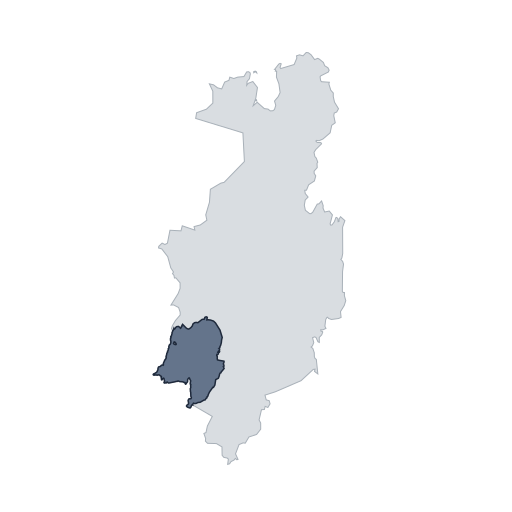 location of Almaty within Kazakhstan, rotated 102°
{"feature_id": "KAZ-3207", "entity_name": "Almaty", "entity_type": "Region", "adm_level": 1, "iso_a3": "KAZ", "parent_name": "Kazakhstan", "parent_adm1": "", "projection": "natural_earth1", "projection_center": [78.658, 44.747], "detail": "fine", "context": "in_parent", "style": "filled", "palette": "slate", "viewbox_px": 512, "rotation_deg": 102, "n_neighbors": 0, "source": "natural_earth", "source_scale": "10m", "svg_char_len": 8710}
<svg xmlns="http://www.w3.org/2000/svg" viewBox="0 0 512 512"><g transform="rotate(102 256 256)"><path d="M294.5,331.2L292.0,332.2L290.6,334.0L288.8,333.4L285.3,336.9L275.0,342.2L268.7,349.6L268.4,353.0L266.7,353.1L262.9,350.5L263.7,347.5L261.9,345.3L248.7,345.5L247.0,334.6L241.8,334.4L243.4,321.2L240.1,322.7L237.2,316.9L231.2,311.5L226.2,313.7L213.1,312.7L200.2,314.5L192.0,305.5L190.6,302.5L166.0,287.0L138.3,294.4L134.0,343.6L128.2,343.9L122.7,335.0L115.4,330.0L103.8,332.5L97.3,337.4L97.4,333.1L99.5,328.7L99.7,324.3L92.4,322.8L89.8,319.0L86.5,318.8L87.0,314.6L84.8,311.0L83.0,305.1L77.9,303.4L77.3,301.5L78.0,299.9L79.2,299.4L84.0,299.3L87.1,301.0L91.0,300.6L88.7,299.5L86.0,295.4L90.9,289.6L101.6,289.0L109.6,290.0L105.4,286.8L110.1,278.5L109.8,274.8L111.1,272.2L110.4,269.7L108.9,268.4L104.5,268.0L100.6,270.1L95.5,267.4L91.1,266.4L82.8,269.4L76.8,273.2L71.1,274.2L71.1,275.6L70.3,275.3L69.4,276.0L69.6,276.6L63.5,273.6L62.6,272.5L62.8,271.3L66.6,271.7L67.5,270.8L60.8,258.5L53.9,257.2L51.8,258.0L50.2,255.3L50.4,251.6L46.5,249.2L46.3,247.1L47.7,244.0L51.7,239.5L49.8,236.7L50.3,234.9L52.7,230.3L55.6,228.4L56.9,224.8L59.0,223.1L61.0,223.5L66.4,230.2L67.4,230.6L70.9,229.3L71.9,228.2L70.8,220.4L72.6,220.5L78.3,217.3L80.5,214.3L83.9,213.6L89.2,211.2L94.8,205.9L98.4,207.0L99.9,209.2L102.6,209.1L109.2,206.2L112.4,209.1L120.1,209.1L127.6,214.8L130.1,218.2L130.3,220.8L131.1,221.4L132.2,219.8L131.6,216.1L132.6,215.2L139.5,219.7L142.6,220.8L146.5,219.1L147.7,217.4L151.4,215.1L152.7,215.6L156.8,214.5L160.9,216.8L163.1,216.3L165.2,214.2L170.5,214.5L175.4,219.3L181.1,220.3L181.6,222.0L184.7,220.8L187.5,217.3L191.0,219.5L196.3,219.3L201.0,217.2L203.4,212.4L203.2,211.1L201.4,209.6L192.5,206.9L191.9,205.3L188.5,203.3L192.7,200.8L195.2,200.4L198.7,198.0L196.8,193.7L199.9,189.8L209.2,190.2L210.3,189.4L209.8,188.1L206.3,186.5L201.8,185.8L201.5,185.2L202.3,183.8L205.4,182.8L204.9,182.0L202.6,182.4L200.0,181.5L202.9,176.4L209.8,177.3L235.5,171.7L240.1,171.6L241.7,172.3L243.3,170.1L245.8,168.7L253.2,168.1L272.6,164.2L273.6,163.2L273.3,161.9L276.4,161.3L281.0,158.9L286.1,159.4L292.8,161.8L298.4,160.0L300.0,162.3L302.4,169.0L302.0,172.0L301.0,173.3L301.3,173.9L303.7,174.6L310.4,174.0L312.3,172.5L314.2,175.1L314.7,177.4L316.1,176.7L315.9,175.5L316.5,174.9L319.4,175.3L322.5,177.2L327.4,176.1L327.0,177.6L323.2,180.4L322.9,181.8L324.1,183.7L328.7,181.5L332.2,182.1L333.6,183.2L334.6,181.2L338.5,178.9L342.3,178.0L343.9,177.0L344.6,175.5L358.5,171.0L356.7,174.8L354.4,174.7L355.0,176.4L368.6,186.0L384.9,209.0L390.2,218.3L394.6,216.1L394.8,213.0L397.7,211.5L401.7,212.9L401.2,215.8L404.4,215.9L405.2,218.7L415.7,218.9L418.4,216.7L424.4,215.4L430.4,218.3L434.5,225.3L441.3,227.6L441.5,229.8L444.0,233.4L453.8,234.9L458.7,231.3L459.3,232.4L458.3,234.1L460.2,235.1L462.3,237.7L464.7,238.6L465.7,240.4L460.4,240.8L459.6,242.3L459.7,245.5L458.0,247.7L449.8,249.6L447.7,255.7L449.3,264.5L447.6,267.0L445.0,267.3L440.4,270.1L439.1,268.2L432.4,268.2L422.0,265.4L415.0,286.5L415.1,287.5L418.1,288.7L418.2,290.5L417.2,292.7L414.5,291.5L411.1,292.2L408.5,289.7L391.4,294.3L389.4,295.9L390.7,297.1L393.4,296.9L395.8,298.2L394.5,300.3L394.6,306.4L397.7,313.5L397.9,316.9L399.2,318.9L398.8,319.7L397.4,319.4L395.0,320.5L395.0,321.4L396.6,322.8L393.0,324.6L392.6,326.1L393.7,331.3L393.2,331.9L390.1,328.9L384.8,328.0L381.6,324.1L358.9,321.4L346.7,321.9L344.5,323.6L341.7,323.3L335.9,321.4L329.5,317.9L326.7,318.5L322.5,321.0L321.0,326.5L321.7,329.0L308.8,324.3L303.4,323.5L298.0,324.7L294.0,329.9L294.5,331.2ZM77.2,296.3L76.2,296.6L75.3,295.2L75.8,293.8L76.8,293.3L75.8,295.1L77.2,296.3ZM104.3,288.9L103.4,288.7L103.0,288.1L104.2,287.5L104.3,288.9Z" fill="#d9dde1" stroke="#a8b0b8" stroke-width="1"/><path d="M414.8,287.0L414.7,287.3L415.1,287.8L415.5,288.0L417.1,288.2L418.1,288.6L418.3,288.8L418.4,289.3L418.3,289.9L418.2,291.1L417.9,292.0L417.4,292.7L416.7,292.8L416.2,292.5L415.3,291.6L414.8,291.3L414.3,291.3L413.7,291.4L411.7,292.3L411.2,292.4L410.8,292.3L410.6,292.1L410.4,292.0L409.7,291.9L409.5,291.6L409.5,291.3L409.4,290.8L409.2,290.3L409.0,289.9L408.6,289.8L408.2,289.7L407.7,289.9L406.9,290.5L402.7,291.6L401.9,292.1L401.5,292.2L401.0,292.2L399.7,292.7L399.4,292.7L398.6,292.5L398.1,292.5L396.4,293.0L395.6,293.0L395.4,293.0L395.2,293.1L395.0,293.6L394.8,293.8L394.6,293.8L393.8,293.8L393.0,294.0L392.3,293.9L391.8,293.9L391.4,294.1L391.0,294.5L390.0,295.3L389.5,295.5L389.3,295.7L389.1,296.1L389.4,296.4L390.7,297.1L391.2,297.2L393.0,296.8L393.3,296.8L393.5,296.9L394.1,297.3L395.8,297.9L395.9,298.0L396.0,298.2L395.9,298.3L395.8,298.5L395.1,298.6L394.7,298.8L394.5,299.0L394.5,299.3L394.7,299.5L394.8,299.7L394.8,299.8L394.6,300.1L394.3,301.1L394.3,301.7L394.3,302.1L394.7,304.1L394.7,304.6L394.5,305.6L394.4,306.1L394.4,306.3L394.6,306.5L394.9,306.8L395.1,307.1L395.1,307.3L395.2,307.5L395.2,307.8L395.3,308.1L395.5,308.4L395.8,308.9L397.1,311.9L398.4,314.9L398.4,315.4L398.2,315.8L397.7,316.7L397.8,316.9L398.2,317.0L398.7,317.2L398.8,317.4L398.9,317.6L398.9,317.9L398.9,318.2L399.0,318.4L399.2,318.8L399.3,319.1L399.2,319.4L399.1,319.6L398.9,319.7L398.6,319.7L398.4,319.7L397.9,319.3L397.4,319.3L397.0,319.5L396.2,320.1L395.2,320.4L394.8,320.7L394.7,321.1L394.9,321.4L395.2,321.7L395.9,322.0L396.4,322.1L396.7,322.2L396.8,322.4L396.7,322.7L396.5,322.8L395.9,322.9L395.1,323.2L394.9,323.3L394.4,323.5L393.9,323.5L393.7,323.4L393.5,323.5L393.3,323.9L393.1,324.7L392.9,325.1L392.5,325.6L392.4,325.8L392.4,326.1L392.5,326.3L392.5,326.6L392.6,327.1L392.8,327.3L393.0,327.7L393.2,327.9L393.2,328.1L393.0,328.5L393.3,329.7L393.3,329.9L393.4,330.1L393.6,330.3L393.8,331.3L393.7,331.6L393.2,331.9L392.7,331.7L392.4,331.3L392.1,330.8L391.7,330.4L391.1,329.8L390.6,329.2L390.0,328.8L387.7,328.3L387.2,328.3L386.4,328.5L385.3,328.4L384.8,328.2L384.5,327.8L384.0,326.7L383.7,326.4L382.8,326.0L382.5,325.7L382.3,325.4L382.2,325.2L382.1,324.9L382.1,324.6L382.2,324.1L381.8,323.9L381.4,324.0L380.6,324.3L380.2,324.3L379.8,324.2L379.1,324.1L378.2,323.8L376.9,323.7L376.4,323.3L376.0,323.1L374.9,322.7L374.2,322.7L373.7,322.7L373.5,322.8L373.1,323.0L372.7,323.1L372.3,322.9L372.1,322.9L371.6,323.0L371.1,322.9L370.0,323.0L369.5,323.0L368.9,322.6L368.7,322.5L368.4,322.5L368.2,322.5L367.9,322.7L367.6,322.8L367.5,322.7L367.4,322.6L366.6,322.3L365.9,322.3L365.7,322.3L365.1,322.6L364.8,322.5L364.6,322.3L364.4,322.2L363.9,322.2L363.6,322.1L363.3,322.2L362.9,322.4L362.5,322.5L361.5,322.3L361.3,322.3L361.1,322.3L360.9,322.2L360.5,321.7L360.4,321.6L360.0,321.5L358.8,321.3L358.6,321.2L358.4,321.3L358.0,321.4L357.5,321.4L357.3,321.5L357.1,321.6L356.8,321.8L356.7,321.9L356.4,321.9L356.4,322.0L355.9,322.2L355.7,322.3L355.3,322.3L354.8,322.4L354.6,322.5L354.3,322.4L353.8,322.2L353.5,322.2L353.3,322.3L353.0,322.6L352.8,322.6L352.7,322.6L352.6,322.4L352.4,322.3L352.1,322.4L351.1,322.1L350.2,322.1L349.4,322.0L349.1,322.0L348.4,322.2L348.2,322.2L347.3,321.9L346.9,321.9L346.4,321.9L346.0,321.6L344.0,321.3L344.7,320.9L343.9,320.1L342.6,319.7L341.7,319.0L341.4,318.5L341.3,318.1L341.2,317.7L341.0,317.1L341.7,315.8L342.4,314.8L341.6,314.3L340.6,314.3L340.3,313.9L339.9,314.1L339.0,313.9L338.1,313.6L340.9,309.4L341.4,308.2L341.5,306.7L340.6,305.7L339.6,304.8L337.8,303.8L335.5,303.5L334.0,302.2L333.4,300.8L333.3,299.0L329.3,295.6L328.9,294.7L328.7,293.6L327.7,293.4L326.7,293.3L325.8,292.1L326.1,290.9L328.7,290.8L328.5,290.2L328.3,289.4L328.1,287.2L328.5,284.0L329.9,281.7L336.0,275.8L342.7,272.1L345.2,272.2L347.9,271.9L350.6,272.0L352.4,272.5L352.9,272.4L353.0,272.5L353.2,272.3L354.1,272.7L354.3,272.9L354.4,272.6L354.5,272.5L354.6,272.4L355.2,272.1L355.3,272.1L355.8,272.2L356.1,272.3L356.3,272.2L356.5,272.0L356.6,272.3L356.4,272.5L356.6,272.7L356.8,272.9L357.8,273.2L358.4,273.5L358.7,273.6L358.4,273.3L358.0,272.9L357.6,272.4L357.6,272.0L357.7,271.9L357.9,272.0L358.4,272.6L358.5,272.6L358.8,272.6L359.0,272.6L359.6,272.5L360.0,272.7L360.4,273.0L360.8,273.5L360.7,273.7L360.8,273.7L360.9,273.8L361.0,273.8L361.7,273.7L361.9,273.5L362.0,273.3L362.1,273.1L362.3,273.0L362.6,272.9L363.4,272.8L364.2,272.6L364.5,272.6L365.6,272.1L365.7,270.3L365.5,265.5L366.2,265.2L368.3,265.5L369.3,264.8L370.3,264.4L370.9,265.0L372.7,263.8L375.6,265.3L376.5,265.9L377.5,266.0L378.2,266.9L379.7,267.1L380.7,267.0L383.4,267.4L385.3,269.7L390.8,269.4L393.4,270.3L393.4,270.9L394.3,271.3L398.7,273.2L401.6,273.9L402.8,273.9L403.5,274.2L403.8,274.6L404.9,274.5L405.3,274.8L405.4,275.1L407.4,275.9L407.8,277.0L410.7,280.2L411.4,282.4L412.5,283.7L413.1,285.2L413.0,286.6L414.5,287.1L414.8,287.0L414.8,287.0ZM358.7,318.5L359.1,318.1L359.4,317.2L359.4,316.0L359.0,315.7L358.4,315.9L358.0,316.2L357.7,316.7L357.3,317.2L357.0,317.5L357.0,318.1L357.4,318.4L358.1,318.3L358.7,318.5Z" fill="#64748b" stroke="#1e293b" stroke-width="1.5"/></g></svg>